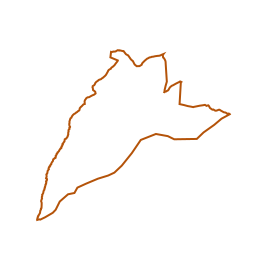 the district of Berekum West, Brong Ahafo, Ghana, rotated 82°
{"feature_id": "2480657B54527757245703", "entity_name": "Berekum West", "entity_type": "district", "adm_level": 2, "iso_a3": "GHA", "parent_name": "Ghana", "parent_adm1": "Brong Ahafo", "projection": "mercator", "projection_center": [-2.676, 7.472], "detail": "fine", "context": "isolated", "style": "outline", "palette": "amber", "viewbox_px": 256, "rotation_deg": 82, "n_neighbors": 0, "source": "geoboundaries", "source_scale": "gbopen_adm2", "svg_char_len": 5618}
<svg xmlns="http://www.w3.org/2000/svg" viewBox="0 0 256 256"><g transform="rotate(82 128 128)"><path d="M206.4,230.7L206.1,228.7L206.5,227.6L204.9,222.6L201.5,214.3L198.9,211.0L191.3,205.8L185.3,196.6L184.9,190.1L180.0,186.4L177.3,177.3L174.0,164.8L172.3,154.2L170.3,147.7L164.4,139.4L153.4,127.7L141.6,117.0L137.8,101.2L141.6,89.7L145.6,83.8L148.4,61.4L142.9,53.8L136.9,42.2L131.8,34.1L128.5,25.3L128.1,25.5L128.0,25.9L127.7,26.3L127.7,27.7L126.7,28.7L126.4,29.1L126.1,29.7L125.9,30.6L125.7,31.0L125.0,31.9L123.4,34.0L123.0,34.4L122.7,34.8L122.6,35.1L122.6,35.4L122.6,35.8L122.9,36.9L123.1,38.0L123.1,38.3L123.0,39.1L122.9,39.3L121.9,40.5L121.7,40.7L121.6,40.8L121.6,41.9L119.8,43.8L119.4,44.1L118.0,44.6L117.6,44.8L117.1,45.0L116.7,45.4L117.0,47.2L116.6,47.6L115.8,48.6L115.9,50.4L115.9,53.8L116.3,60.3L116.4,60.5L115.6,62.7L114.6,65.8L113.1,69.3L111.5,73.6L90.0,69.3L89.8,68.9L89.3,69.5L89.2,70.0L89.3,70.4L89.6,70.9L89.9,71.9L90.7,74.3L92.0,77.6L92.2,78.5L92.6,79.3L93.5,80.7L94.5,81.6L95.6,82.4L96.0,82.8L96.4,83.3L96.7,84.3L97.0,85.0L97.2,85.4L97.0,86.0L97.2,86.6L97.6,86.9L97.5,87.1L97.0,86.8L95.3,86.4L94.1,85.9L91.5,84.9L87.5,83.1L69.1,81.7L68.1,81.6L67.0,81.6L66.1,81.8L65.3,82.1L64.5,82.4L64.0,82.6L63.7,82.8L63.1,83.4L60.6,83.4L60.4,83.3L59.7,82.6L60.3,85.0L60.6,85.6L60.8,87.1L60.7,88.6L60.7,91.2L60.9,93.3L60.8,94.5L61.1,95.5L61.1,96.6L61.2,97.2L61.7,98.2L61.9,99.2L63.5,101.8L64.7,103.4L65.6,104.6L66.2,105.1L67.3,105.7L68.3,108.0L68.0,110.8L66.0,112.6L64.3,113.2L63.7,113.4L62.3,113.9L62.1,114.2L60.4,115.6L56.2,117.7L56.2,117.8L54.6,119.8L51.2,121.7L51.2,122.2L49.9,125.5L50.1,125.8L49.9,126.5L49.5,127.1L49.6,127.5L50.1,128.9L50.4,129.4L50.5,130.1L50.4,131.1L50.3,131.5L50.3,132.2L50.5,132.5L50.4,133.1L50.5,133.6L50.5,133.8L50.3,134.2L55.6,135.6L59.7,128.7L60.3,129.0L62.8,131.6L63.7,132.4L64.3,133.1L64.6,133.7L65.0,134.2L65.4,134.8L65.5,135.0L65.6,135.4L65.8,135.8L66.2,136.3L66.9,136.7L67.0,136.9L67.3,137.9L67.8,138.9L68.4,139.6L69.3,140.1L71.9,142.1L72.4,142.5L73.5,143.9L73.8,144.4L74.0,144.7L74.2,145.1L74.6,145.6L74.9,146.1L75.1,146.7L75.3,147.1L75.7,147.6L75.9,148.0L76.2,149.8L76.3,150.1L76.8,151.0L77.1,151.3L77.5,152.2L77.9,153.0L78.2,153.3L79.1,154.3L79.5,154.4L80.6,155.2L80.9,155.6L81.2,156.2L81.6,157.1L82.9,157.5L83.2,157.3L83.6,157.3L85.4,157.3L85.6,157.3L85.8,157.1L86.6,156.2L87.6,155.4L89.3,155.3L90.2,156.8L90.4,157.5L90.7,158.7L91.3,160.4L92.0,162.1L92.1,162.6L92.0,163.5L92.1,164.0L92.8,165.3L93.7,166.0L94.5,166.8L95.6,167.3L97.4,167.4L98.2,167.5L98.2,167.8L98.4,168.8L98.5,169.0L99.3,169.9L99.9,170.7L100.4,171.4L100.6,171.8L101.7,173.0L103.5,173.6L104.0,174.2L104.4,175.2L105.2,176.3L105.4,177.1L106.1,178.0L106.7,179.6L107.6,180.9L108.4,181.6L108.7,182.0L109.8,182.5L110.5,183.7L113.5,185.1L114.6,185.2L114.9,185.2L115.2,185.3L115.4,185.5L115.8,185.6L116.5,185.7L117.2,185.7L117.8,185.6L118.2,185.5L118.5,185.3L118.7,185.2L118.9,185.2L119.1,185.3L119.4,185.8L119.8,185.9L119.9,186.1L120.3,186.0L121.0,186.2L121.0,186.3L121.4,186.9L121.5,187.0L121.9,187.2L122.3,187.3L123.3,187.3L123.5,187.4L123.8,187.7L124.2,187.8L125.2,188.0L126.0,188.0L126.3,188.1L126.7,188.5L126.9,188.6L127.2,188.6L127.7,188.9L127.9,188.9L128.3,189.1L128.7,189.6L129.9,190.6L129.9,191.0L130.0,191.4L130.1,191.5L130.4,192.2L130.7,192.3L131.7,192.6L132.5,192.8L133.1,193.6L133.4,193.7L133.7,194.0L134.1,194.5L134.6,194.7L134.8,194.7L134.9,195.2L135.6,195.2L135.7,195.4L136.6,195.7L136.7,195.8L136.8,196.2L136.9,196.3L137.3,196.3L137.6,196.6L137.8,196.6L138.3,196.7L138.5,196.8L138.4,197.1L138.5,197.3L138.7,197.5L139.2,198.0L139.4,198.0L139.5,198.2L139.8,198.5L140.7,199.3L141.1,199.4L141.4,199.8L142.0,200.4L142.2,200.7L142.2,200.9L142.3,201.1L142.9,201.2L143.2,201.7L143.3,201.9L143.5,202.0L143.7,202.3L144.1,202.3L144.3,202.3L144.4,202.5L144.8,202.8L145.0,203.0L145.3,203.1L145.4,203.4L145.5,203.5L146.0,203.4L146.5,203.6L146.7,203.8L147.4,203.8L147.5,203.9L147.7,204.4L147.6,204.8L147.9,205.1L148.1,205.5L148.5,205.9L148.5,206.2L148.6,206.4L150.0,206.9L150.6,207.2L151.2,208.0L152.8,209.1L153.3,209.1L153.6,209.8L153.8,210.0L154.6,210.2L154.8,210.4L154.7,210.6L154.8,210.8L155.2,210.9L155.2,211.0L155.3,211.1L155.6,211.2L155.6,211.5L156.0,211.8L156.5,212.0L156.9,212.3L157.1,212.3L157.4,212.2L157.7,212.1L157.9,212.1L158.1,212.4L158.7,213.0L159.2,213.5L159.9,213.7L160.7,214.0L161.3,214.1L161.5,214.3L162.0,214.5L162.2,214.9L162.3,215.0L162.6,215.3L164.4,215.3L164.6,215.3L165.8,215.8L166.1,215.8L166.2,216.1L166.4,216.2L166.6,216.1L167.0,215.7L167.1,215.4L167.4,215.3L168.9,215.8L169.2,216.5L169.4,216.6L169.8,216.6L170.2,216.5L170.7,216.5L171.0,216.6L171.3,216.9L171.9,216.9L172.1,217.1L172.4,217.5L172.6,217.6L172.8,217.5L173.9,218.0L174.5,218.2L174.6,218.4L174.8,218.5L175.0,218.5L175.3,218.5L175.5,218.7L175.7,218.9L176.2,218.9L176.7,219.3L177.2,219.3L177.5,219.4L177.6,219.6L178.0,219.9L178.1,220.1L178.9,220.4L179.0,220.5L179.9,220.8L180.4,220.9L180.5,221.0L181.2,221.4L181.8,221.9L182.0,222.2L182.1,222.3L183.2,222.3L183.5,222.4L183.8,222.7L184.0,222.8L184.3,222.9L184.6,223.0L185.4,222.9L185.7,222.9L186.0,223.2L186.4,223.3L186.8,223.4L186.9,223.5L187.1,223.7L187.9,224.0L188.2,224.2L188.7,224.2L189.7,223.9L190.9,224.0L192.6,224.3L195.2,224.8L195.4,225.1L195.6,225.4L195.9,225.5L196.1,225.4L196.6,225.5L197.1,225.9L197.3,226.1L197.5,226.3L198.0,226.4L198.6,226.6L199.7,226.9L200.3,227.2L200.4,227.4L201.0,227.8L201.9,228.5L202.1,228.7L202.1,228.8L202.3,229.0L202.5,228.9L202.7,229.0L202.8,229.1L203.2,229.5L203.5,229.7L203.8,229.7L203.9,229.9L204.7,230.2L204.9,230.3L205.1,230.4L205.8,230.3L205.9,230.5L206.0,230.7L206.4,230.7Z" fill="none" stroke="#b45309" stroke-width="2"/></g></svg>